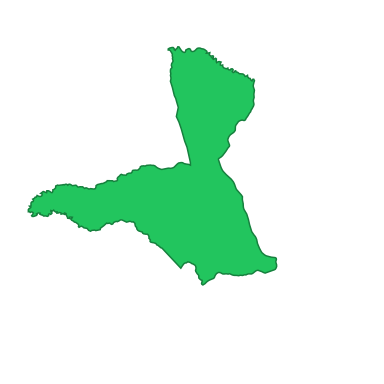 the district of Nova Santa Helena, Mato Grosso, Brazil, rotated 222°
{"feature_id": "56859067B79529427540135", "entity_name": "Nova Santa Helena", "entity_type": "district", "adm_level": 2, "iso_a3": "BRA", "parent_name": "Brazil", "parent_adm1": "Mato Grosso", "projection": "mercator", "projection_center": [-54.856, -10.911], "detail": "fine", "context": "isolated", "style": "filled", "palette": "green", "viewbox_px": 384, "rotation_deg": 222, "n_neighbors": 0, "source": "geoboundaries", "source_scale": "gbopen_adm2", "svg_char_len": 6042}
<svg xmlns="http://www.w3.org/2000/svg" viewBox="0 0 384 384"><g transform="rotate(222 192 192)"><path d="M275.2,306.5L278.0,306.3L279.6,305.7L280.5,305.0L282.4,304.3L283.3,303.5L284.2,302.3L284.5,298.4L285.0,297.5L285.9,296.4L287.5,296.2L288.7,297.0L290.2,296.6L290.8,295.6L291.6,293.4L290.9,292.2L290.7,291.2L291.2,290.4L293.0,289.9L294.5,290.0L298.8,291.1L299.7,290.4L299.2,288.5L299.6,287.3L299.2,286.1L300.3,285.8L301.3,286.7L302.6,286.8L303.5,286.1L305.0,283.9L305.4,282.3L304.6,281.6L304.0,282.4L302.5,282.5L299.0,281.4L297.8,280.0L296.3,279.0L295.8,278.0L293.6,276.6L292.9,273.5L292.0,272.2L291.0,271.7L290.1,271.0L290.1,269.0L289.5,268.1L288.2,266.6L287.4,266.2L286.6,265.3L286.1,264.3L284.2,262.9L283.2,261.8L282.2,259.9L276.6,256.6L269.6,251.8L266.6,250.6L264.0,248.9L258.8,245.7L254.1,237.6L248.4,235.2L242.0,231.6L231.6,225.0L225.6,221.9L213.1,213.0L211.1,210.9L212.9,210.3L214.8,209.0L216.7,207.9L218.6,207.5L219.8,206.6L221.4,204.5L221.7,202.7L221.9,198.4L222.6,196.7L223.8,195.2L225.2,194.2L226.0,193.3L229.4,188.7L230.2,188.1L232.8,187.1L234.6,186.7L237.2,186.6L238.5,186.0L239.7,184.9L240.8,184.3L243.6,181.4L244.1,180.0L245.3,179.2L246.8,177.6L247.3,176.2L246.7,175.2L246.8,172.4L247.5,171.3L248.6,170.5L250.4,168.6L250.4,167.6L249.8,166.6L250.0,165.1L251.4,163.9L252.4,162.0L252.2,160.4L254.8,158.4L256.4,157.8L256.7,156.7L256.6,155.5L256.9,153.6L256.7,152.1L255.4,151.1L255.3,150.0L256.3,148.8L257.3,147.3L258.4,147.3L262.6,143.7L262.4,142.5L263.9,138.7L264.7,138.0L267.2,134.3L267.6,132.6L266.6,131.3L266.1,129.9L266.8,128.6L269.7,126.6L270.5,125.2L272.4,124.7L273.6,124.2L274.1,122.8L276.7,122.7L278.8,120.9L279.9,119.4L282.8,119.4L285.2,116.6L286.9,116.4L288.1,116.0L288.8,115.1L288.8,113.9L289.8,114.0L290.7,113.6L291.4,112.8L291.7,111.7L292.7,111.3L293.1,110.4L293.9,109.7L295.5,107.7L296.5,107.2L297.3,105.3L296.1,103.7L296.2,101.8L296.9,100.5L296.0,99.7L295.5,98.1L296.2,97.4L298.4,97.2L299.6,96.8L300.7,95.8L299.6,94.2L302.9,92.8L303.5,89.7L302.1,90.3L301.3,89.3L301.1,88.4L301.8,87.0L303.2,86.2L304.8,85.8L304.3,84.0L305.1,83.2L304.9,82.0L305.6,80.1L304.3,79.9L303.7,78.6L304.5,77.3L304.3,76.1L302.3,73.9L303.3,72.7L301.5,72.6L301.5,71.6L302.0,70.4L301.8,69.3L300.4,67.8L299.7,68.6L298.5,68.5L298.1,69.7L297.2,70.2L295.9,70.3L295.4,68.7L295.4,67.1L294.4,66.9L293.3,67.9L292.0,70.3L291.9,71.5L292.9,71.7L292.2,73.6L290.6,74.6L290.2,73.7L288.6,74.2L287.6,74.8L286.1,74.9L284.9,76.2L283.1,77.2L282.7,78.5L283.7,79.5L283.3,80.5L282.0,80.8L281.8,82.4L282.6,83.1L283.7,83.0L284.5,83.8L282.8,84.7L282.7,86.0L281.3,85.8L280.0,85.8L279.1,87.0L278.3,85.9L277.4,86.8L276.8,88.0L275.5,88.8L274.5,87.9L273.1,89.8L271.9,89.9L271.2,90.7L272.2,91.3L271.2,91.7L270.2,90.8L267.7,89.9L266.9,89.3L265.1,90.5L266.2,91.3L265.4,92.2L264.0,93.2L263.7,92.2L264.1,90.8L262.6,90.5L261.4,90.8L260.4,91.1L259.4,90.9L257.9,91.7L254.8,91.9L253.6,91.2L253.2,90.3L252.3,90.2L251.8,91.7L251.2,92.7L249.8,93.0L248.4,93.0L245.7,94.7L244.5,94.6L243.2,94.3L241.1,95.0L240.8,96.4L238.8,98.6L237.7,98.9L235.0,102.6L235.8,103.8L235.0,107.9L234.6,111.8L233.7,112.1L232.4,113.8L231.1,113.9L229.9,114.3L229.5,115.5L229.8,116.9L229.4,118.0L228.7,119.4L227.6,120.0L226.9,121.7L226.6,123.0L226.2,123.8L225.0,124.5L220.5,125.8L219.5,127.2L219.1,128.1L218.1,129.0L216.5,129.5L215.7,130.6L213.3,130.5L212.5,129.6L211.1,128.7L209.3,128.5L208.2,127.6L206.7,127.3L205.7,127.4L204.4,127.9L202.3,128.9L201.1,128.4L199.9,128.6L197.9,129.9L196.8,130.9L195.6,130.7L194.0,130.0L193.1,128.8L191.0,128.6L190.2,127.3L189.3,127.1L187.8,127.8L186.4,128.7L184.8,129.4L183.8,129.5L182.9,129.1L181.6,129.6L177.9,129.7L176.8,130.2L149.3,127.9L149.8,130.9L150.0,133.5L149.5,134.8L148.8,135.5L148.4,137.3L146.0,138.5L144.4,138.6L143.0,139.2L140.8,139.6L139.7,139.3L138.5,138.5L137.5,137.4L137.0,136.2L136.0,135.5L133.3,134.7L132.1,134.7L131.0,134.3L130.2,133.4L129.2,132.6L126.8,132.5L125.4,133.1L124.4,131.9L123.8,130.5L122.9,130.0L121.7,130.2L121.0,132.6L120.9,135.0L120.6,136.6L120.1,138.2L118.1,142.3L118.2,143.6L118.9,145.3L119.2,147.7L118.8,149.2L118.4,150.0L117.1,151.0L114.3,151.7L113.3,152.5L111.9,154.1L110.2,155.2L109.3,156.5L106.6,157.3L105.1,158.1L103.0,159.9L101.2,161.1L100.5,162.4L98.5,163.9L97.6,165.6L96.4,166.5L96.0,167.7L95.2,169.0L92.9,171.0L92.4,172.2L91.8,175.9L91.3,177.1L90.6,178.0L86.7,179.6L85.0,180.0L83.4,180.7L78.7,189.4L78.4,190.3L78.6,191.6L79.2,193.2L80.4,194.5L82.4,195.7L83.2,196.4L84.2,198.4L85.1,199.1L86.3,198.9L89.5,196.6L94.2,194.2L96.1,193.8L99.4,193.7L100.9,194.1L104.4,195.4L108.8,197.5L112.2,200.0L114.1,200.9L115.4,201.3L117.0,201.5L121.1,202.5L127.3,206.2L131.5,209.2L136.5,212.2L141.9,213.9L143.7,215.1L146.2,217.6L148.8,219.5L149.8,220.4L151.4,222.3L153.3,222.8L160.3,223.6L161.6,224.0L165.6,226.2L167.7,227.1L169.1,227.4L171.5,227.8L178.2,227.8L182.7,228.2L184.5,228.7L186.9,229.7L189.6,231.2L194.1,233.8L194.6,234.6L193.8,237.5L193.6,239.5L194.1,245.2L194.7,248.4L194.8,251.0L195.4,251.9L199.6,254.1L200.7,255.2L201.6,257.8L201.8,259.7L201.6,261.1L200.9,264.1L200.9,265.5L201.2,266.9L203.4,269.5L204.0,270.6L204.2,272.0L204.6,275.5L204.0,277.3L202.9,279.0L201.5,279.7L200.8,280.4L200.6,281.5L201.1,282.9L201.3,285.3L202.1,289.3L202.1,290.8L202.8,292.3L203.0,293.8L203.9,297.3L204.7,298.7L207.2,300.6L208.0,301.6L209.1,303.8L211.5,306.1L213.7,309.4L216.9,311.3L217.8,312.2L219.4,315.0L220.0,316.5L221.6,317.1L222.3,316.3L221.8,314.7L223.2,314.6L224.8,315.3L225.8,314.6L227.6,314.8L228.8,315.8L229.1,314.5L229.8,313.4L231.2,313.9L233.1,313.8L236.0,311.6L238.3,311.5L239.3,310.7L240.6,311.3L241.1,310.5L240.8,309.4L241.3,308.3L242.7,308.4L242.8,309.6L243.4,310.5L244.5,310.5L245.4,309.6L245.1,308.6L246.1,307.6L247.3,307.3L248.3,308.1L249.0,306.5L251.5,305.5L253.1,305.8L254.2,306.9L255.0,305.7L255.9,305.3L256.9,306.4L257.3,308.0L258.8,307.3L259.7,306.4L260.3,304.6L261.4,305.3L262.9,307.2L263.9,307.2L264.9,304.8L266.7,305.1L265.8,305.6L266.4,306.7L267.1,307.3L268.0,306.8L268.9,305.6L271.0,305.5L271.5,306.7L272.0,307.5L272.9,306.1L274.2,304.8L274.5,306.0L275.2,306.5Z" fill="#22c55e" stroke="#15803d" stroke-width="1.5"/></g></svg>